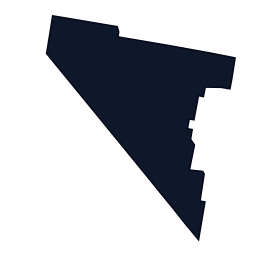 Douglas, Nevada, United States of America, rotated 10°
{"feature_id": "52423323B42659235998259", "entity_name": "Douglas", "entity_type": "district", "adm_level": 2, "iso_a3": "USA", "parent_name": "United States of America", "parent_adm1": "Nevada", "projection": "natural_earth1", "projection_center": [-119.503, 38.824], "detail": "fine", "context": "isolated", "style": "filled", "palette": "ink", "viewbox_px": 256, "rotation_deg": 10, "n_neighbors": 0, "source": "geoboundaries", "source_scale": "gbopen_adm2", "svg_char_len": 593}
<svg xmlns="http://www.w3.org/2000/svg" viewBox="0 0 256 256"><g transform="rotate(10 128 128)"><path d="M147.3,165.5L172.0,187.0L183.8,197.1L204.0,215.0L205.6,216.2L215.5,224.7L216.9,225.9L216.6,187.4L211.6,187.4L211.0,160.1L209.0,157.8L195.8,158.7L196.4,133.1L191.6,128.3L191.5,118.4L186.7,118.4L186.8,108.5L191.5,108.5L191.8,83.9L196.8,84.0L197.0,74.3L212.7,71.8L221.6,71.8L221.7,62.1L221.3,40.4L198.0,39.9L156.6,39.7L102.3,40.0L102.2,35.0L99.8,30.1L34.3,30.6L34.6,45.8L34.9,68.8L61.0,91.2L146.7,165.0L146.8,165.2L147.3,165.5Z" fill="#0f172a" stroke="#020617" stroke-width="1.5"/></g></svg>